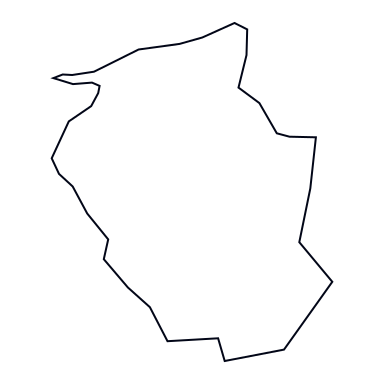 an SVG outline of Salas
{"feature_id": "LVA-5727", "entity_name": "Salas", "entity_type": "Municipality", "adm_level": 1, "iso_a3": "LVA", "parent_name": "Latvia", "parent_adm1": "", "projection": "natural_earth1", "projection_center": [25.678, 56.484], "detail": "fine", "context": "isolated", "style": "outline", "palette": "ink", "viewbox_px": 384, "rotation_deg": 0, "n_neighbors": 0, "source": "natural_earth", "source_scale": "10m", "svg_char_len": 541}
<svg xmlns="http://www.w3.org/2000/svg" viewBox="0 0 384 384"><path d="M234.5,23.0L247.2,29.4L246.5,55.1L238.5,87.6L259.4,103.1L276.8,133.3L289.5,136.7L315.9,137.3L310.3,188.5L299.3,242.2L332.3,281.8L284.0,349.6L224.7,361.0L218.1,338.3L167.5,341.2L149.9,307.2L127.9,287.5L103.8,259.2L108.2,239.4L87.2,213.5L72.7,186.5L59.0,173.9L51.7,158.3L68.8,121.4L91.2,106.1L98.2,93.1L99.6,85.9L92.0,82.6L73.0,84.1L53.4,78.1L62.7,74.5L72.2,75.0L94.0,71.7L138.6,49.5L179.6,43.9L202.3,37.5L234.5,23.0Z" fill="none" stroke="#020617" stroke-width="2"/></svg>